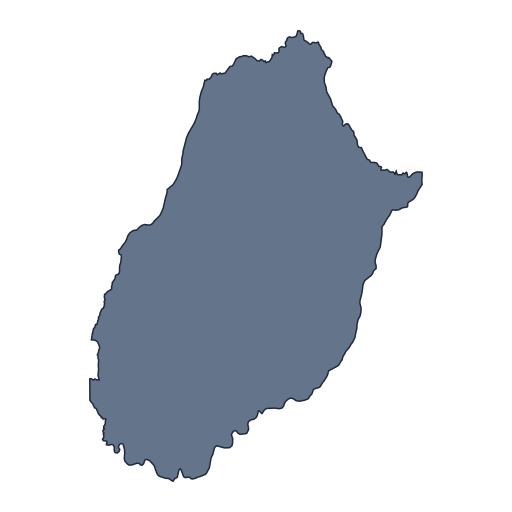 the district of Balibo, Bobonaro, East Timor
{"feature_id": "22284137B63057021325797", "entity_name": "Balibo", "entity_type": "district", "adm_level": 2, "iso_a3": "TLS", "parent_name": "East Timor", "parent_adm1": "Bobonaro", "projection": "equal_earth", "projection_center": [125.004, -8.961], "detail": "fine", "context": "isolated", "style": "filled", "palette": "slate", "viewbox_px": 512, "rotation_deg": 0, "n_neighbors": 0, "source": "geoboundaries", "source_scale": "gbopen_adm2", "svg_char_len": 5981}
<svg xmlns="http://www.w3.org/2000/svg" viewBox="0 0 512 512"><path d="M204.8,80.3L203.3,86.8L201.3,91.7L199.9,97.1L199.3,101.2L199.3,109.0L198.8,111.5L197.0,115.7L196.3,118.4L194.3,123.2L188.6,132.9L186.5,137.8L183.0,151.5L182.9,153.8L181.8,158.6L181.7,164.0L181.5,165.3L177.5,176.7L175.9,180.0L173.1,184.6L167.1,189.6L167.2,192.1L165.4,198.3L163.3,207.7L161.9,211.4L159.8,215.6L154.2,221.1L152.6,223.4L150.8,224.7L149.0,225.1L144.7,224.5L141.9,225.4L140.2,226.5L137.0,229.8L135.9,230.2L134.8,230.4L134.4,230.2L133.0,230.7L130.6,232.3L129.6,233.2L127.9,235.7L126.8,238.9L125.3,242.1L122.9,245.0L120.3,249.0L118.7,249.9L118.6,251.6L119.3,254.2L121.0,254.9L121.4,256.1L120.8,262.2L119.8,265.2L119.5,267.4L119.6,270.8L119.1,273.2L118.3,274.2L116.6,274.7L115.8,275.3L115.3,276.5L115.1,278.6L112.2,282.7L112.2,284.7L111.5,286.7L111.7,288.4L111.4,289.3L108.2,291.2L106.7,292.5L105.6,294.0L104.6,294.2L104.3,297.3L105.1,299.8L104.3,301.0L104.2,302.6L104.7,303.8L104.2,304.9L104.4,306.0L103.7,307.1L103.3,308.3L102.2,308.8L101.6,309.5L100.2,312.7L99.6,315.7L98.4,317.3L98.6,319.3L97.9,320.5L97.0,324.1L96.6,324.6L96.0,324.3L95.5,324.6L94.7,327.5L93.6,328.5L92.5,333.5L92.1,334.0L92.2,335.6L91.9,336.3L91.7,338.2L91.3,339.8L95.0,340.2L97.5,341.7L99.2,345.7L99.7,348.0L98.9,349.9L98.1,353.2L97.3,355.0L98.1,356.0L98.0,357.9L98.6,360.1L98.3,365.9L98.6,369.4L98.0,375.2L99.1,379.9L96.6,379.8L94.8,378.9L93.5,380.1L91.2,378.7L89.8,378.8L89.9,400.5L92.6,403.6L94.6,407.9L95.7,408.1L96.6,409.3L98.5,414.0L101.2,416.7L101.3,417.6L102.0,417.5L103.1,419.1L105.3,418.7L105.9,419.2L105.3,421.3L105.3,423.5L104.6,425.2L103.8,426.1L103.7,427.8L104.2,428.3L104.1,429.4L103.6,429.3L103.6,429.8L102.9,430.7L103.3,432.4L104.0,432.9L103.2,434.2L103.7,435.0L103.8,437.2L102.5,439.1L103.1,439.6L103.1,440.6L105.9,441.0L107.0,441.5L106.4,444.7L107.2,445.0L108.9,445.1L111.8,444.4L113.4,445.2L114.3,447.1L114.2,449.8L114.5,451.9L115.5,452.7L117.2,453.0L119.1,451.5L119.8,449.5L119.0,448.5L118.4,446.8L119.5,444.4L121.2,443.5L123.1,444.1L124.4,449.2L124.7,452.5L124.3,458.9L125.0,461.3L127.2,463.8L128.8,465.0L130.5,465.1L132.7,464.7L137.0,463.2L139.3,463.5L140.6,465.0L142.2,465.1L143.6,463.8L144.8,460.2L146.2,459.4L147.6,459.7L149.7,460.7L154.1,465.5L156.5,472.5L157.9,475.1L159.6,476.4L165.7,478.3L167.9,478.4L169.8,479.1L171.3,480.4L173.1,481.3L174.7,478.7L177.2,477.4L179.1,469.6L180.3,468.7L181.1,469.8L183.4,476.2L184.0,477.0L185.4,477.6L189.4,477.1L191.0,478.7L192.5,479.0L195.7,478.2L197.4,477.2L199.6,476.7L205.3,474.4L206.4,473.4L209.4,467.7L210.9,458.9L211.5,456.9L212.8,454.5L214.3,448.5L215.1,446.9L216.8,445.8L224.4,447.9L229.6,447.7L232.0,445.7L232.6,443.1L232.7,438.7L231.5,435.0L231.6,434.1L233.0,431.9L233.5,431.3L235.5,430.6L236.4,431.0L237.9,433.1L239.9,434.3L245.8,433.7L246.8,433.2L248.6,429.5L248.5,428.1L247.8,424.1L248.4,421.7L251.2,419.7L253.4,419.4L255.9,417.9L257.3,415.4L258.4,410.9L259.6,411.1L261.6,413.5L262.0,413.6L264.3,410.0L266.4,408.5L274.5,408.1L279.3,408.7L281.9,408.1L283.4,406.4L284.8,402.7L285.5,401.5L288.1,399.2L290.4,398.1L292.7,398.4L296.1,400.7L299.5,401.2L304.7,400.2L308.2,398.8L309.9,396.1L312.0,393.7L312.9,390.8L313.7,389.3L316.0,388.3L318.9,387.6L320.3,386.5L322.8,382.3L324.0,381.1L326.6,376.8L327.5,375.1L328.5,371.2L328.9,370.7L337.4,366.1L338.9,364.9L340.2,362.4L342.0,360.0L343.0,356.3L344.6,354.0L345.8,351.4L348.9,348.0L350.6,344.9L352.9,341.8L355.0,337.4L355.3,335.2L356.9,327.9L357.0,324.6L357.7,321.1L358.2,319.5L360.0,316.2L360.8,312.9L361.1,309.3L360.8,306.8L359.9,303.3L359.9,301.1L361.8,293.5L363.1,284.4L364.4,281.2L365.2,280.2L371.2,275.5L372.3,274.0L373.8,270.5L376.1,268.6L376.1,265.8L375.1,262.3L375.2,259.8L376.9,253.8L379.9,247.7L380.4,246.1L381.9,234.5L382.0,227.2L382.3,226.3L384.1,224.1L386.4,219.8L388.3,216.9L389.4,215.7L391.8,210.6L392.8,209.8L395.9,210.2L399.1,209.7L402.1,207.9L406.9,207.1L407.6,206.6L407.7,204.2L408.1,202.5L412.8,199.6L414.5,198.0L416.8,193.9L418.0,190.8L422.1,184.6L421.8,180.7L422.2,174.4L422.0,172.2L417.1,171.9L415.1,172.5L412.7,173.8L409.7,176.9L408.8,177.3L407.6,176.7L407.3,174.1L406.6,172.3L405.9,172.5L405.4,173.5L404.3,173.9L403.7,173.2L403.0,173.1L402.3,173.8L402.0,174.8L397.8,174.7L397.0,173.8L396.2,171.2L395.6,172.4L395.5,173.4L395.1,174.3L394.6,173.9L393.9,172.5L392.9,171.9L390.0,172.1L387.4,169.6L386.7,169.5L384.3,170.3L383.2,170.0L382.0,170.4L381.0,170.0L381.0,169.0L381.5,167.5L381.0,166.6L379.0,166.4L376.7,163.0L374.5,162.4L370.9,162.5L369.3,160.0L367.8,159.5L366.9,158.7L362.2,149.7L361.8,148.3L361.4,147.7L358.5,147.1L357.5,144.8L357.0,140.1L354.1,135.1L353.6,131.5L351.7,130.0L348.6,124.4L347.5,123.7L346.3,123.8L345.3,124.3L343.6,126.0L342.7,125.4L342.4,124.6L342.7,121.7L342.6,120.8L341.9,119.7L340.6,116.5L339.0,114.1L337.2,112.8L335.7,109.5L332.7,105.9L330.5,98.8L326.7,91.9L326.0,87.0L324.4,82.7L324.2,78.3L324.5,76.1L326.1,71.4L327.8,67.7L329.3,67.4L330.4,66.6L331.7,62.4L331.8,61.0L330.6,59.9L329.9,58.7L328.6,57.6L328.0,57.9L325.2,55.9L324.9,54.5L324.2,53.7L323.5,51.5L321.4,49.4L320.8,47.0L319.1,44.6L318.5,42.6L317.9,42.0L316.0,43.1L314.4,42.5L312.4,42.4L310.8,44.3L309.8,44.2L306.5,41.4L304.3,40.4L303.9,39.6L303.3,35.4L302.5,33.5L300.7,33.3L300.5,31.8L300.1,31.1L299.3,30.8L298.0,30.7L297.6,31.5L297.0,34.1L295.9,36.4L294.9,36.9L292.8,37.4L291.4,37.5L289.7,36.8L287.7,37.8L287.2,38.5L286.7,40.4L285.4,42.1L285.3,43.3L285.8,45.0L285.8,46.4L285.2,47.0L284.2,47.3L281.8,46.5L279.4,47.9L278.9,48.7L279.1,51.6L278.5,52.6L276.4,53.0L274.5,52.7L273.7,54.5L273.3,54.9L272.3,54.5L272.0,57.4L270.1,60.6L269.0,61.7L267.3,61.9L266.5,62.5L265.6,62.4L265.3,60.9L263.8,61.4L262.6,60.1L261.1,59.4L260.6,59.6L259.6,60.9L257.3,60.9L255.0,58.6L251.4,56.1L249.1,56.8L246.6,55.8L243.3,55.7L241.8,56.5L239.4,56.8L236.0,59.0L234.0,63.5L232.7,65.6L231.9,66.2L229.9,66.5L225.1,73.1L221.4,73.8L220.7,73.7L220.4,73.1L220.0,73.0L217.2,74.8L216.2,73.3L213.9,73.3L212.3,74.3L211.3,76.7L209.3,79.2L207.3,79.1L206.7,79.5L206.4,80.4L204.8,80.3Z" fill="#64748b" stroke="#1e293b" stroke-width="1.5"/></svg>